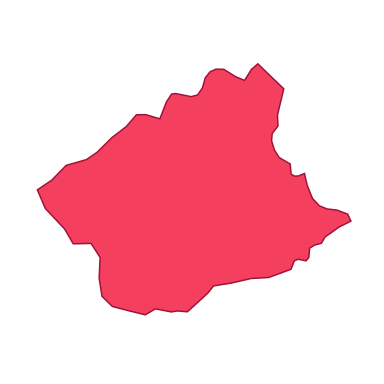 Dilidjan, Tavush, Armenia, rotated 171°
{"feature_id": "60910142B28859062428936", "entity_name": "Dilidjan", "entity_type": "district", "adm_level": 2, "iso_a3": "ARM", "parent_name": "Armenia", "parent_adm1": "Tavush", "projection": "orthographic", "projection_center": [44.852, 40.743], "detail": "fine", "context": "isolated", "style": "filled", "palette": "rose", "viewbox_px": 384, "rotation_deg": 171, "n_neighbors": 0, "source": "geoboundaries", "source_scale": "gbopen_adm2", "svg_char_len": 1099}
<svg xmlns="http://www.w3.org/2000/svg" viewBox="0 0 384 384"><g transform="rotate(171 192 192)"><path d="M85.2,279.5L106.9,308.3L114.0,303.9L122.7,294.0L131.2,299.3L141.4,308.2L149.1,309.6L155.4,307.9L161.1,302.6L165.3,293.4L171.2,287.0L177.9,286.3L193.0,291.9L196.9,291.9L203.2,284.9L212.3,269.3L225.7,275.7L234.8,277.0L246.7,266.9L262.6,258.3L279.7,246.0L291.3,240.5L312.1,238.0L328.6,225.7L344.4,218.3L339.5,198.7L323.6,175.4L317.4,159.4L299.7,157.0L293.0,141.7L297.2,121.4L297.2,103.0L288.6,91.4L273.3,84.7L257.4,78.0L246.4,82.3L231.2,76.8L225.0,76.8L215.3,74.4L211.6,76.8L192.1,89.7L185.4,95.9L167.6,95.9L147.4,97.3L142.1,96.8L137.9,96.4L130.0,95.6L129.4,95.6L106.3,100.2L101.7,108.0L97.8,109.0L90.1,106.2L86.9,109.0L84.5,118.2L79.2,120.4L72.2,121.1L67.7,126.7L51.9,134.5L39.6,138.4L41.2,144.0L41.7,145.8L47.0,148.8L51.5,151.4L53.9,152.1L61.4,154.2L68.4,158.5L74.0,166.8L77.2,180.7L78.0,192.7L84.3,191.2L88.1,191.6L91.3,194.1L90.6,204.3L100.5,212.4L104.0,220.5L105.4,230.0L103.7,237.1L96.7,243.8L95.6,254.4L91.8,263.7L85.2,279.5Z" fill="#f43f5e" stroke="#9f1239" stroke-width="1.5"/></g></svg>